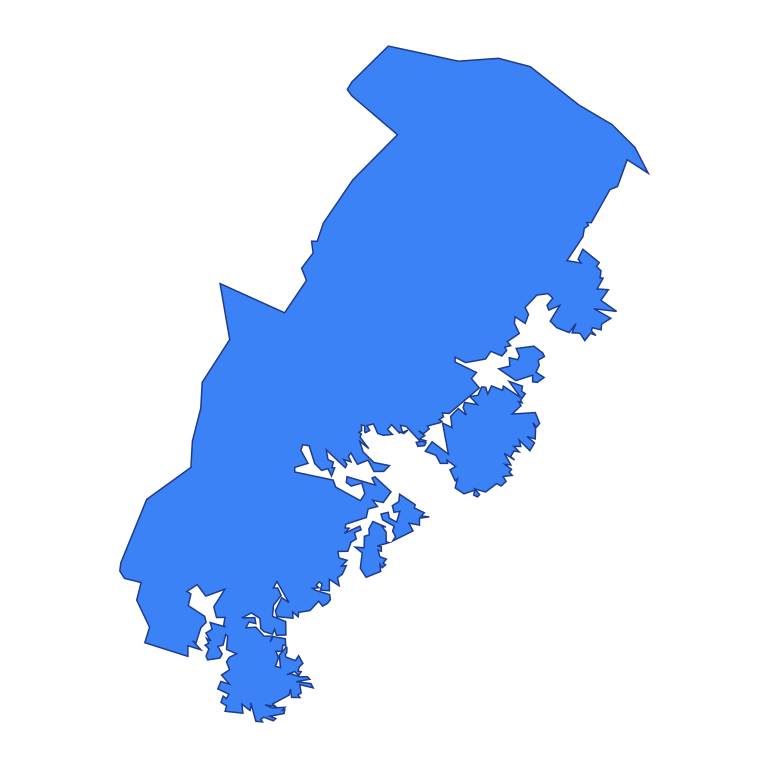 the district of Lillesand nor, Aust-Agder, Norway
{"feature_id": "86288312B5594304829508", "entity_name": "Lillesand nor", "entity_type": "district", "adm_level": 2, "iso_a3": "NOR", "parent_name": "Norway", "parent_adm1": "Aust-Agder", "projection": "mercator", "projection_center": [8.269, 58.228], "detail": "fine", "context": "isolated", "style": "filled", "palette": "blue", "viewbox_px": 768, "rotation_deg": 0, "n_neighbors": 0, "source": "geoboundaries", "source_scale": "gbopen_adm2", "svg_char_len": 6117}
<svg xmlns="http://www.w3.org/2000/svg" viewBox="0 0 768 768"><path d="M187.9,656.4L187.9,645.7L200.9,649.8L192.6,640.8L195.9,643.3L200.9,627.6L206.1,622.4L204.7,616.4L188.3,605.6L190.9,594.0L186.9,591.4L197.2,584.6L205.8,596.1L224.9,589.2L213.8,606.8L216.5,617.5L225.0,617.4L223.6,625.5L225.6,626.9L210.1,622.5L212.1,629.3L205.9,633.0L210.8,641.2L206.6,638.4L208.7,643.3L205.1,645.2L208.9,648.8L206.1,656.1L207.6,659.9L219.9,658.1L222.2,654.0L217.8,646.5L223.1,645.0L225.7,634.6L227.6,636.4L226.5,649.5L236.6,653.7L229.4,657.3L226.5,661.9L229.6,669.7L221.5,675.0L229.4,684.1L220.9,681.4L217.8,688.9L228.9,694.2L226.5,698.5L223.1,696.1L221.0,702.4L226.6,705.8L225.1,711.3L242.9,713.2L241.9,704.2L250.0,710.5L251.3,705.6L250.7,703.6L250.8,702.9L255.9,721.3L262.5,721.9L260.8,719.4L263.7,717.2L273.3,720.8L275.8,718.6L269.9,716.2L284.1,713.5L284.8,709.6L282.5,710.2L285.0,707.3L272.5,708.0L265.0,704.9L275.6,706.5L272.5,704.0L289.1,695.1L290.5,689.1L291.6,697.4L299.9,697.5L297.9,694.9L301.2,693.0L299.8,684.6L313.2,687.9L311.0,683.6L296.3,681.7L309.8,679.2L307.2,676.6L300.0,676.9L290.8,673.7L286.8,674.6L294.7,671.5L298.7,675.6L301.2,671.7L298.0,671.0L299.3,666.8L302.9,663.4L298.6,655.7L295.5,660.6L286.0,657.1L285.3,654.5L286.8,652.6L286.9,647.7L286.3,646.9L279.3,655.2L280.5,667.7L275.5,666.3L278.5,657.6L275.8,651.2L281.6,651.5L283.1,645.0L285.7,645.8L285.3,638.7L273.2,636.6L270.3,641.8L272.5,636.1L264.0,636.2L256.0,627.2L246.0,627.7L248.9,622.0L255.8,623.6L254.8,617.6L241.8,617.9L251.4,612.9L259.9,618.4L260.8,628.7L264.1,631.6L272.5,634.2L274.6,629.2L276.4,635.2L285.9,635.0L285.7,621.5L272.5,616.3L273.5,605.3L281.1,595.5L277.8,588.0L273.4,588.0L277.0,581.5L288.9,602.6L281.8,597.6L275.4,610.7L276.9,616.6L293.0,618.2L292.7,612.1L298.2,616.8L298.6,612.4L310.0,610.5L318.7,601.2L322.5,606.1L327.4,603.5L330.4,599.7L329.7,594.6L316.2,590.6L312.5,588.4L318.9,587.7L316.2,585.2L319.1,581.9L322.1,583.9L320.4,590.1L329.4,590.8L329.3,579.3L339.2,585.8L337.5,577.6L342.3,574.3L346.3,565.6L341.4,566.1L347.1,560.3L338.9,557.9L338.0,551.4L347.8,551.3L351.0,542.2L356.3,538.9L354.4,532.6L361.1,529.8L359.8,526.1L344.4,533.3L349.2,528.3L345.1,527.9L345.9,524.2L366.3,517.5L368.1,509.0L377.5,506.5L372.6,500.2L383.3,502.5L391.0,491.8L374.9,476.8L372.0,478.1L375.5,485.1L347.0,476.7L346.3,482.4L351.2,486.1L361.8,483.1L364.8,493.7L360.4,500.7L335.7,487.1L333.2,480.1L294.8,472.0L294.7,467.4L308.0,463.3L300.8,450.2L302.8,444.7L309.1,445.8L314.8,463.6L321.6,470.4L328.1,468.7L331.5,476.0L334.7,467.8L331.8,467.8L333.4,462.1L328.0,459.7L326.3,449.9L345.3,467.7L346.9,464.4L343.6,459.5L351.0,461.9L348.4,456.2L350.9,452.9L357.5,464.3L368.1,460.1L374.0,471.5L383.8,471.4L389.5,465.6L373.9,462.5L363.1,451.9L359.7,441.3L368.8,448.6L360.1,437.2L361.3,433.9L358.8,432.3L361.7,430.7L361.4,424.9L364.8,425.9L364.6,431.7L365.5,432.7L369.7,430.5L367.0,425.6L373.5,423.9L377.7,433.4L383.4,435.3L392.4,434.4L387.5,429.5L391.5,424.6L399.8,433.5L398.9,431.9L403.9,433.5L407.9,430.1L402.5,432.4L400.5,425.3L406.3,426.5L420.3,441.5L416.2,442.4L417.9,446.4L424.5,445.6L426.1,442.3L422.8,441.5L425.2,440.6L419.5,439.0L424.8,435.7L418.6,430.8L423.5,433.6L429.3,428.9L427.4,426.0L440.2,422.6L441.9,421.3L438.9,419.6L443.5,416.8L442.3,413.0L449.1,413.5L479.3,388.0L471.4,378.5L476.5,372.5L455.0,362.0L455.2,357.2L465.6,362.6L485.6,359.0L490.8,351.3L501.9,356.0L506.7,350.4L504.7,347.2L510.7,345.6L507.3,341.6L519.3,333.5L514.4,323.3L515.1,316.8L525.2,323.4L528.5,314.4L525.1,307.4L536.8,295.1L548.1,293.6L552.8,298.2L547.0,305.3L548.8,310.1L559.8,305.4L550.2,321.1L556.8,327.7L569.2,332.6L576.0,323.5L572.0,332.8L580.0,333.2L584.8,340.6L590.5,333.2L595.9,335.4L591.3,330.8L592.4,327.7L601.1,329.9L601.6,324.1L610.8,318.3L594.1,308.8L616.6,311.4L600.9,300.3L608.4,289.7L597.1,288.9L603.1,278.1L600.1,278.0L601.0,270.8L596.5,266.5L599.3,262.6L582.8,249.2L578.1,259.3L581.2,263.0L566.9,260.7L582.9,236.7L584.3,228.4L588.5,225.4L586.8,222.5L591.3,222.7L609.9,189.6L617.5,186.5L627.2,159.7L648.2,173.2L634.9,147.4L612.0,124.6L579.0,105.1L530.3,66.7L498.5,58.3L458.4,61.2L388.3,46.1L351.8,82.0L347.3,89.5L351.9,95.9L397.5,134.7L352.7,180.0L323.4,223.1L317.2,241.3L311.6,241.2L313.1,253.1L301.6,268.2L306.5,280.4L284.6,312.8L220.1,283.6L229.7,339.6L202.2,382.4L200.8,408.1L192.4,441.2L190.9,467.4L146.7,499.4L120.8,562.9L119.8,571.0L124.5,578.4L141.1,582.5L136.7,600.2L149.6,627.2L144.8,642.7L187.9,656.4ZM521.6,391.3L522.5,386.2L509.1,381.4L520.7,397.6L503.4,386.1L502.6,390.3L491.5,385.9L487.7,394.1L485.7,387.3L481.7,386.9L478.0,395.2L470.0,396.7L477.5,404.6L464.6,402.5L463.1,407.6L466.3,415.1L458.3,408.5L450.7,416.3L452.0,427.6L442.6,423.1L448.4,454.2L432.1,441.8L425.3,451.3L436.0,455.3L440.3,463.4L447.6,463.4L446.9,460.2L455.6,466.5L450.0,469.8L455.2,480.9L457.5,478.8L455.2,487.9L464.0,493.8L474.8,490.2L473.7,495.1L477.5,496.9L479.6,494.6L474.8,488.9L485.6,492.0L496.7,483.6L501.1,486.0L506.1,481.4L503.0,476.5L512.2,475.4L509.2,472.0L511.5,469.4L504.8,464.3L510.9,465.0L504.3,453.3L514.6,460.1L510.6,456.5L514.0,451.0L519.2,451.9L513.9,446.3L520.8,446.5L519.1,440.0L529.9,450.7L534.5,442.9L527.1,436.5L535.2,439.0L535.6,428.9L532.8,422.7L536.6,427.1L539.6,423.4L535.3,412.6L512.2,414.0L521.0,405.6L518.7,401.8L522.1,402.9L520.7,400.2L525.3,393.7L521.6,391.3ZM386.0,527.1L372.9,521.5L368.9,528.9L369.3,534.7L364.4,536.3L364.1,547.8L355.1,547.1L362.2,552.8L360.3,568.3L366.1,577.3L380.7,571.4L379.9,564.4L382.3,567.7L385.6,564.8L383.1,563.2L386.3,559.1L379.8,556.7L378.1,550.1L381.4,551.3L381.3,546.8L377.2,546.0L389.0,542.6L386.2,541.9L386.1,532.0L381.9,526.3L386.0,527.1ZM534.0,346.2L516.2,348.5L519.5,356.0L517.7,359.7L509.3,357.7L509.8,366.1L498.7,368.8L515.9,380.6L532.7,375.2L532.6,381.8L537.4,382.4L544.1,377.5L536.0,372.2L539.2,365.4L538.2,360.1L544.4,356.6L542.9,353.1L534.0,346.2ZM415.2,504.7L399.6,494.2L398.8,501.6L392.3,505.7L394.0,512.3L399.8,511.4L396.6,522.1L389.2,518.1L388.3,512.3L381.0,514.0L382.7,519.8L394.2,526.2L392.6,531.1L395.6,536.6L392.7,541.0L413.0,530.9L408.9,523.2L419.5,525.1L419.5,518.2L429.3,516.8L421.1,516.1L424.3,512.8L414.4,508.0L415.2,504.7Z" fill="#3b82f6" stroke="#1e3a8a" stroke-width="1.5"/></svg>